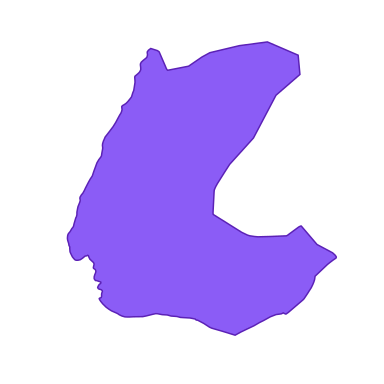 the district of Khounkham, Khammouan, Laos, rotated 260°
{"feature_id": "54806243B26229872021267", "entity_name": "Khounkham", "entity_type": "district", "adm_level": 2, "iso_a3": "LAO", "parent_name": "Laos", "parent_adm1": "Khammouan", "projection": "robinson", "projection_center": [104.542, 18.055], "detail": "fine", "context": "isolated", "style": "filled", "palette": "violet", "viewbox_px": 384, "rotation_deg": 260, "n_neighbors": 0, "source": "geoboundaries", "source_scale": "gbopen_adm2", "svg_char_len": 3196}
<svg xmlns="http://www.w3.org/2000/svg" viewBox="0 0 384 384"><g transform="rotate(260 192 192)"><path d="M326.7,292.3L327.9,264.1L326.1,233.8L323.2,225.2L316.5,210.5L316.1,189.2L316.7,188.7L317.9,188.2L320.6,187.6L335.7,184.0L336.4,183.4L337.3,182.4L340.5,176.3L339.2,173.7L337.8,172.3L337.0,172.1L334.8,172.0L333.6,171.5L332.5,170.9L331.9,170.1L330.1,166.8L328.6,164.5L327.0,163.4L325.7,163.2L323.6,163.1L321.5,162.8L320.2,162.0L318.9,160.8L317.9,159.3L316.3,156.6L315.9,155.9L314.8,155.5L311.8,155.2L309.8,154.9L306.0,153.6L302.2,152.3L299.8,150.8L297.6,149.7L296.1,148.9L294.9,147.6L292.1,144.4L290.7,142.4L289.8,140.4L289.1,138.4L288.2,137.6L286.7,137.5L285.2,137.4L283.1,136.4L281.8,135.5L280.4,134.2L277.9,132.2L273.8,129.0L270.0,125.6L265.1,120.3L261.2,116.0L259.0,114.6L257.7,113.7L255.2,112.4L253.6,111.9L250.8,111.7L249.5,111.3L246.0,110.0L243.3,109.1L242.2,108.2L240.1,105.9L237.3,103.5L234.2,101.7L229.4,98.9L225.1,96.6L222.6,94.2L219.8,91.9L214.3,87.7L212.4,86.4L209.8,84.3L208.4,82.6L206.4,80.9L205.3,80.5L204.0,80.5L202.8,80.4L201.1,79.5L197.4,77.2L195.2,76.3L192.2,75.2L189.6,74.7L187.6,73.8L186.6,73.0L181.1,70.3L178.7,69.3L178.4,69.0L177.5,68.2L177.1,67.6L176.1,66.7L174.3,65.2L173.6,64.4L172.7,63.3L171.9,62.6L170.7,62.0L169.1,61.5L167.6,61.2L165.8,61.2L162.8,61.6L160.5,61.6L159.6,62.0L158.5,62.0L157.7,61.8L154.3,61.5L152.5,61.9L149.0,62.9L147.5,63.7L145.7,64.8L144.9,66.0L144.6,67.8L144.7,70.2L145.8,72.7L147.4,75.5L147.5,76.4L147.4,77.2L147.8,78.3L147.3,78.9L145.9,79.1L143.8,79.7L143.7,79.7L141.9,81.0L140.6,82.0L139.5,82.8L138.5,83.0L137.5,82.9L136.2,82.3L134.6,81.7L133.9,81.8L133.4,82.3L132.4,83.3L131.5,83.5L130.3,83.5L129.0,82.9L127.3,81.8L125.4,80.9L123.6,80.6L122.3,81.1L121.5,81.7L121.3,82.7L119.9,85.2L119.2,86.5L118.5,86.5L117.8,86.1L117.2,84.8L116.4,83.9L114.9,82.8L114.2,82.5L113.0,83.0L112.5,83.6L111.7,85.3L111.4,85.8L110.5,86.4L109.7,86.5L107.9,85.5L106.6,85.1L105.8,85.0L105.1,84.9L104.0,84.4L103.7,83.9L103.5,82.5L103.1,82.1L102.1,82.3L100.0,83.2L97.3,84.7L93.5,87.4L91.0,89.8L88.9,92.1L87.7,93.9L86.1,96.3L85.1,97.7L83.7,99.1L82.0,101.5L80.7,104.2L80.1,106.8L79.7,109.3L79.3,112.6L78.3,118.8L77.8,122.0L77.9,125.5L78.4,132.4L78.5,135.2L78.1,136.9L76.4,141.3L75.2,146.3L73.5,149.8L72.0,155.6L70.5,158.8L69.7,162.1L68.3,168.1L66.4,173.0L65.6,173.6L65.2,173.9L64.7,175.4L60.5,180.8L55.9,185.7L54.5,187.7L49.7,197.5L43.5,209.6L45.5,215.4L47.5,222.5L49.5,229.8L51.7,235.8L53.0,240.2L55.5,247.5L56.7,253.5L56.5,258.9L57.1,260.9L56.4,261.7L55.5,263.2L55.6,263.7L55.9,264.3L56.7,266.0L66.5,282.6L67.4,283.8L69.8,286.1L72.2,288.4L74.1,290.1L77.0,292.8L79.9,294.9L82.3,296.4L84.4,297.5L87.7,298.6L97.1,312.8L98.7,315.7L100.4,319.0L101.9,322.3L102.5,322.7L102.9,322.8L103.5,322.7L105.1,321.9L107.7,319.9L118.6,306.0L139.5,293.7L139.6,293.2L139.4,292.3L139.0,291.0L133.4,279.7L132.9,278.8L132.6,278.0L132.4,277.0L132.6,276.3L132.7,275.4L134.5,262.0L136.4,249.2L137.3,245.9L138.8,241.4L139.9,239.2L143.7,233.9L166.2,209.0L166.9,209.0L167.9,209.1L169.7,209.5L188.4,213.8L190.1,214.3L191.7,215.3L193.3,216.4L195.9,218.5L205.9,227.6L212.7,233.9L234.5,261.9L272.7,291.5L289.0,318.7L308.3,320.3L326.7,292.3Z" fill="#8b5cf6" stroke="#5b21b6" stroke-width="1.5"/></g></svg>